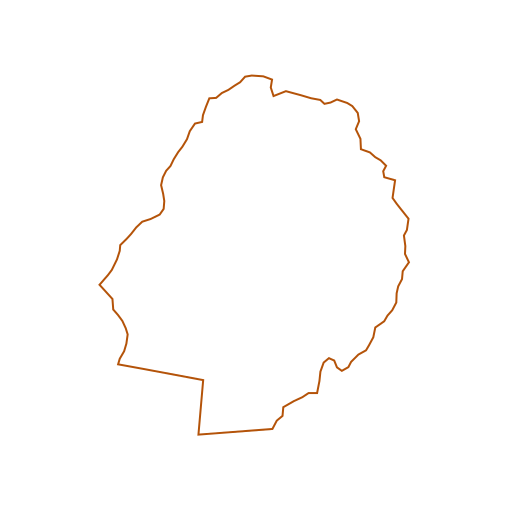 Ipaussu, São Paulo, Brazil (Mercator projection), rotated 225°
{"feature_id": "56859067B23580157718081", "entity_name": "Ipaussu", "entity_type": "district", "adm_level": 2, "iso_a3": "BRA", "parent_name": "Brazil", "parent_adm1": "São Paulo", "projection": "mercator", "projection_center": [-49.603, -23.063], "detail": "fine", "context": "isolated", "style": "outline", "palette": "amber", "viewbox_px": 512, "rotation_deg": 225, "n_neighbors": 0, "source": "geoboundaries", "source_scale": "gbopen_adm2", "svg_char_len": 1553}
<svg xmlns="http://www.w3.org/2000/svg" viewBox="0 0 512 512"><g transform="rotate(225 256 256)"><path d="M346.3,125.0L327.1,124.1L319.1,117.2L311.8,116.7L304.6,115.6L297.0,112.8L291.3,109.8L285.7,102.4L281.9,95.4L279.7,87.0L276.9,81.9L256.1,96.3L210.4,127.6L205.6,130.9L170.4,89.0L122.1,145.3L124.9,154.3L124.2,161.7L129.8,168.4L126.6,180.2L123.4,188.9L121.9,196.3L115.9,202.3L122.7,212.4L128.7,219.8L132.8,228.5L132.2,235.3L126.8,237.4L120.0,234.5L114.1,235.5L112.1,242.7L113.9,248.4L113.9,258.7L111.5,267.1L113.0,272.9L115.6,281.5L121.1,289.8L119.2,300.5L120.9,306.9L121.3,313.9L123.9,322.3L130.2,329.1L134.0,335.1L136.4,342.9L141.5,349.0L143.4,359.7L152.1,362.8L157.4,368.6L165.9,375.1L167.7,381.1L174.5,390.2L187.6,391.7L193.4,392.4L200.5,393.6L205.6,400.4L211.2,407.9L221.0,402.4L226.0,405.9L227.8,411.8L235.5,411.8L241.6,410.2L248.7,409.8L257.3,405.7L265.0,412.7L275.1,416.2L278.4,424.2L285.2,429.1L293.9,430.1L299.7,428.7L309.4,423.9L311.8,417.2L315.2,412.0L320.9,411.8L328.6,406.5L338.0,401.4L351.4,393.7L356.7,381.5L364.7,385.6L369.4,392.1L377.9,388.2L386.6,380.6L390.5,375.1L390.1,367.7L391.6,361.3L393.0,353.9L395.4,347.1L396.0,339.6L400.5,334.5L396.9,326.1L393.1,318.1L388.9,312.7L392.8,306.5L391.1,297.5L387.4,289.8L385.3,281.1L384.5,274.5L382.6,266.3L380.1,259.1L379.8,252.8L377.5,245.8L373.2,239.0L365.6,234.3L359.7,230.0L354.6,224.0L353.4,217.2L356.7,207.6L360.7,199.8L360.9,191.5L359.9,183.2L359.6,176.8L359.7,167.7L356.0,163.3L351.9,155.3L348.1,144.2L347.2,137.9L346.3,125.0Z" fill="none" stroke="#b45309" stroke-width="2"/></g></svg>